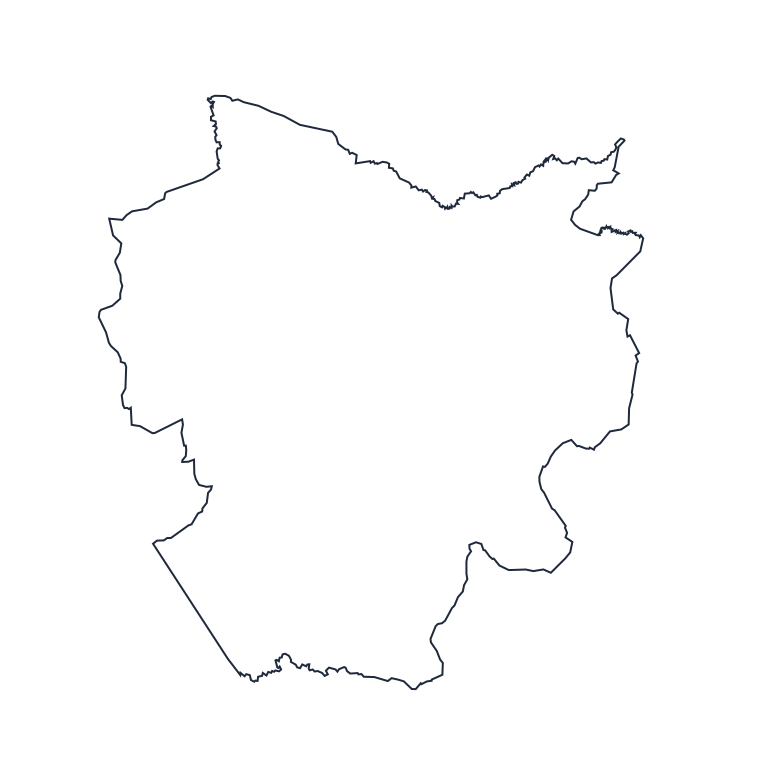 Lat Yao, Nakhon Sawan, Thailand (Natural Earth projection), rotated 173°
{"feature_id": "78962969B94323331085906", "entity_name": "Lat Yao", "entity_type": "district", "adm_level": 2, "iso_a3": "THA", "parent_name": "Thailand", "parent_adm1": "Nakhon Sawan", "projection": "natural_earth1", "projection_center": [99.741, 15.772], "detail": "fine", "context": "isolated", "style": "outline", "palette": "slate", "viewbox_px": 768, "rotation_deg": 173, "n_neighbors": 0, "source": "geoboundaries", "source_scale": "gbopen_adm2", "svg_char_len": 6148}
<svg xmlns="http://www.w3.org/2000/svg" viewBox="0 0 768 768"><g transform="rotate(173 384 384)"><path d="M429.3,94.3L416.4,88.7L412.3,91.1L405.6,88.7L400.5,86.4L393.6,77.9L389.7,77.3L384.0,82.5L383.5,81.5L377.5,83.6L372.9,83.6L372.7,84.8L361.5,88.3L359.6,99.9L361.9,103.7L364.1,112.5L368.9,121.8L368.9,125.3L362.2,137.4L359.8,139.2L355.5,139.5L352.1,141.7L343.8,153.4L341.0,155.6L336.6,163.4L331.0,168.5L329.1,174.5L325.1,180.0L325.3,185.7L323.8,197.9L322.2,202.6L318.0,207.3L319.2,210.2L318.9,213.9L312.0,215.7L306.9,213.4L305.5,207.1L303.9,206.6L300.2,199.9L297.7,197.1L296.3,197.3L291.5,189.7L282.8,184.1L266.0,182.6L258.6,180.1L248.4,180.5L241.4,176.3L225.1,189.0L219.7,194.2L216.3,204.3L222.5,209.6L220.4,214.0L221.9,219.3L220.9,221.0L230.0,237.9L232.4,239.8L238.4,256.7L240.7,260.5L241.6,268.0L241.1,273.0L236.2,282.8L234.5,282.1L231.2,285.0L227.3,291.6L222.4,297.1L213.8,303.4L204.9,305.7L200.0,298.7L198.1,298.8L191.5,295.3L188.1,294.8L187.5,295.8L183.6,293.2L182.5,295.5L176.6,298.8L165.5,309.4L154.0,310.0L146.1,314.0L143.7,330.0L138.6,343.2L139.1,345.2L130.8,373.7L129.2,375.3L130.8,381.6L127.0,383.6L133.9,402.4L136.5,401.4L136.9,407.7L133.7,418.7L141.9,426.1L143.3,425.3L147.4,430.1L147.5,451.6L144.8,461.0L140.0,463.5L113.5,484.4L109.0,497.0L111.0,500.4L112.3,498.5L113.0,500.4L116.0,501.1L116.6,502.4L115.8,503.4L118.7,503.7L119.0,505.3L120.3,504.9L120.6,506.4L123.1,505.6L122.7,503.9L124.6,502.6L126.3,503.6L126.1,504.4L127.9,503.6L128.0,505.0L129.9,504.6L130.6,505.9L130.8,504.6L132.0,505.3L131.8,504.2L133.0,506.2L133.8,505.7L133.3,507.6L135.4,506.8L135.0,508.5L139.5,507.2L139.4,509.8L138.6,510.0L139.9,510.8L139.2,511.4L140.6,511.1L140.3,512.5L142.5,511.4L142.4,512.5L143.9,512.3L144.1,513.3L145.0,512.0L146.5,512.3L145.1,510.7L149.2,512.3L150.5,509.9L149.3,509.4L149.6,508.0L151.0,508.0L150.7,506.5L151.4,507.5L152.4,506.9L151.9,505.5L153.5,505.6L170.5,514.2L175.0,518.7L178.3,524.2L174.8,532.2L168.2,536.4L164.9,541.1L161.9,542.9L158.3,547.0L157.1,551.4L151.2,550.1L149.1,552.1L148.6,555.3L147.4,556.7L133.5,556.4L128.1,563.2L125.4,564.4L130.4,568.2L128.6,571.0L122.2,590.9L115.6,596.3L116.1,597.4L119.0,598.8L122.4,596.3L125.5,593.6L124.5,590.6L126.1,587.9L127.8,586.5L130.3,586.4L131.2,584.0L133.9,583.0L135.1,579.6L137.8,580.3L138.8,578.8L140.8,578.8L141.8,577.0L144.5,577.8L147.3,577.0L148.7,578.6L151.6,578.7L155.6,583.2L160.4,583.0L162.6,584.8L164.2,584.7L167.3,579.4L168.2,581.4L170.6,582.2L174.4,580.5L179.9,581.4L183.6,586.5L185.2,585.0L186.6,587.1L188.6,586.7L187.2,589.5L189.1,591.0L192.9,588.5L193.8,586.1L194.4,588.0L195.7,588.2L196.5,586.9L195.4,586.2L196.5,584.9L197.5,584.6L197.8,585.9L198.5,585.2L199.4,581.2L201.4,582.8L203.1,580.9L203.9,582.1L207.7,580.8L210.2,577.0L212.9,576.3L214.5,573.0L216.6,574.5L219.4,571.9L218.9,570.6L221.8,569.4L223.5,567.2L225.9,568.3L226.5,566.6L228.1,566.5L228.7,568.1L230.0,567.4L230.7,568.5L230.5,565.4L232.7,566.9L232.6,564.6L234.5,564.9L235.4,563.2L242.9,563.0L245.2,561.7L245.9,559.2L248.4,559.0L248.5,557.4L250.2,556.4L255.2,554.8L257.0,558.4L263.9,557.5L265.1,558.3L265.8,557.2L268.4,558.5L268.8,560.4L270.3,560.1L272.0,563.4L273.4,562.8L274.4,564.0L275.7,562.9L280.6,563.1L282.1,558.4L285.9,559.4L286.7,557.9L288.9,557.5L289.3,555.1L288.5,553.8L290.5,554.3L292.2,551.6L294.5,551.8L295.2,552.9L295.5,550.6L297.1,551.6L297.6,550.1L299.0,550.0L299.4,551.9L300.0,550.7L300.9,551.6L302.0,550.6L302.2,552.2L304.1,553.7L304.9,552.3L307.0,553.8L307.1,557.0L310.8,559.4L311.3,561.4L313.1,561.9L312.5,563.3L313.8,562.7L314.1,565.0L316.6,568.7L318.5,569.5L317.8,570.9L319.7,571.5L321.8,570.3L322.8,572.3L325.9,572.0L328.4,576.2L333.0,575.6L332.6,577.7L334.6,580.9L343.3,586.2L346.1,593.5L348.4,594.5L348.9,596.9L352.8,598.0L352.0,601.9L354.1,603.5L358.3,604.7L363.7,603.2L364.1,604.1L366.3,603.9L367.2,606.4L370.3,605.2L370.6,606.9L385.2,606.4L383.2,614.6L387.5,617.4L389.9,616.6L391.0,620.8L393.6,621.5L400.1,627.8L401.3,635.1L404.6,640.7L435.9,651.5L451.0,662.3L462.7,667.9L474.6,675.4L488.8,680.8L494.4,684.3L500.0,683.6L501.6,686.7L506.6,689.2L516.9,690.7L520.3,689.8L521.3,687.9L523.7,689.0L524.4,687.6L521.6,683.9L519.6,685.3L518.4,684.7L519.9,682.7L520.2,679.9L521.3,681.1L522.4,680.4L520.4,671.4L523.2,670.3L523.6,666.9L519.1,665.1L519.1,662.6L521.6,660.8L519.5,660.1L518.8,658.3L521.4,655.3L519.9,651.4L521.4,649.9L521.5,646.6L520.7,644.3L517.7,644.1L517.8,641.5L516.6,640.2L517.9,637.9L520.4,638.1L521.8,635.2L521.6,627.8L520.5,626.1L521.4,625.0L521.1,623.3L522.2,623.3L522.6,621.7L521.0,617.9L538.7,609.3L576.5,601.1L578.0,599.9L579.7,594.4L587.9,592.1L597.3,586.9L613.0,586.1L618.9,583.0L623.7,578.8L636.6,581.6L634.8,564.5L627.6,555.6L630.2,546.5L635.4,539.7L635.9,537.4L632.3,524.3L632.8,518.4L631.8,513.3L634.8,505.8L635.4,500.8L644.1,494.8L655.9,492.1L657.6,490.1L659.0,485.0L653.6,469.1L652.0,458.4L650.4,455.0L644.4,447.9L642.3,441.3L642.6,438.1L638.7,436.3L637.8,432.5L641.2,411.0L645.7,404.8L645.6,395.0L644.5,391.7L641.8,391.6L640.2,390.2L638.2,391.3L639.4,374.2L631.3,371.9L619.8,363.4L617.5,363.3L588.7,373.5L588.5,368.3L591.0,360.3L589.9,347.1L588.2,347.0L588.3,342.7L589.5,336.6L593.4,332.9L593.8,331.2L587.7,330.7L581.8,332.1L583.2,318.0L582.4,312.5L579.9,306.4L572.8,303.6L567.4,303.5L568.6,300.3L571.9,297.4L574.4,287.6L579.4,282.6L580.0,279.6L584.4,278.2L592.1,268.2L595.3,267.5L614.3,257.1L617.9,257.6L621.6,255.6L628.4,256.2L632.7,253.6L572.4,130.1L562.1,112.6L561.6,114.8L558.0,110.9L556.1,112.8L552.7,111.4L552.1,106.4L549.1,104.3L547.8,105.3L545.7,104.7L544.6,108.8L540.6,109.2L539.5,112.0L536.2,109.0L534.0,112.3L531.1,111.1L530.0,112.8L528.1,111.8L526.8,112.9L523.2,111.6L520.9,113.2L522.0,116.3L523.4,115.0L524.4,115.6L525.4,122.9L524.1,123.3L522.2,121.6L520.9,125.1L518.9,125.0L517.6,128.0L514.9,128.3L511.5,125.8L509.9,121.7L510.3,119.5L505.8,116.2L504.7,113.3L501.9,112.2L499.3,115.6L495.6,113.3L494.3,114.9L492.3,114.9L493.4,110.7L492.7,108.9L489.5,109.3L487.9,107.1L484.8,107.2L480.6,104.7L478.5,101.5L475.2,102.7L476.6,106.5L473.2,109.2L466.9,106.6L465.3,104.2L463.4,106.4L458.1,107.9L456.7,107.1L455.6,103.4L452.7,100.7L445.4,100.3L444.8,98.9L441.7,98.8L439.7,95.9L429.3,94.3Z" fill="none" stroke="#1e293b" stroke-width="2"/></g></svg>